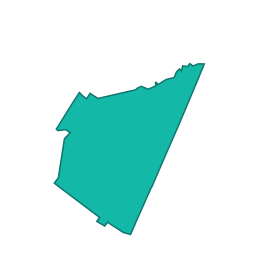 Cherokee, Alabama, United States of America (Mercator projection), rotated 33°
{"feature_id": "52423323B74850919464616", "entity_name": "Cherokee", "entity_type": "district", "adm_level": 2, "iso_a3": "USA", "parent_name": "United States of America", "parent_adm1": "Alabama", "projection": "mercator", "projection_center": [-85.586, 34.233], "detail": "fine", "context": "isolated", "style": "filled", "palette": "teal", "viewbox_px": 256, "rotation_deg": 33, "n_neighbors": 0, "source": "geoboundaries", "source_scale": "gbopen_adm2", "svg_char_len": 816}
<svg xmlns="http://www.w3.org/2000/svg" viewBox="0 0 256 256"><g transform="rotate(33 128 128)"><path d="M181.9,177.8L180.2,166.8L179.9,163.4L172.9,122.3L172.9,121.6L172.1,117.4L172.0,116.2L171.0,110.6L168.8,96.9L167.8,91.6L165.0,75.8L160.2,49.2L158.5,40.3L157.5,34.7L157.1,32.7L151.8,36.1L148.8,40.6L144.8,40.3L144.5,44.0L140.0,46.1L141.8,51.2L139.1,50.4L138.1,54.5L139.3,60.4L133.6,66.6L129.3,75.6L127.0,74.3L126.3,74.8L128.3,77.7L123.9,84.4L116.4,85.9L114.3,89.2L113.4,92.0L86.7,119.6L77.3,119.6L77.4,126.0L72.8,125.8L67.9,124.7L67.9,138.9L68.5,168.1L70.7,168.3L76.5,163.4L82.1,163.4L80.5,171.5L96.7,207.7L96.2,214.4L103.5,215.0L152.8,218.5L152.7,223.3L161.9,222.9L162.1,218.2L180.9,218.2L188.1,215.9L186.2,204.1L186.0,203.4L182.4,180.6L181.9,177.8Z" fill="#14b8a6" stroke="#0f766e" stroke-width="1.5"/></g></svg>